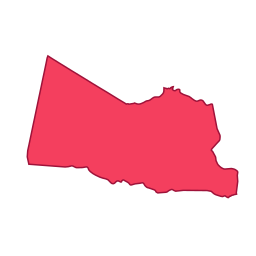 the border of Nimroz, rotated 83°
{"feature_id": "AFG-1751", "entity_name": "Nimroz", "entity_type": "Province", "adm_level": 1, "iso_a3": "AFG", "parent_name": "Afghanistan", "parent_adm1": "", "projection": "natural_earth1", "projection_center": [62.416, 30.83], "detail": "fine", "context": "isolated", "style": "filled", "palette": "rose", "viewbox_px": 256, "rotation_deg": 83, "n_neighbors": 0, "source": "natural_earth", "source_scale": "10m", "svg_char_len": 3285}
<svg xmlns="http://www.w3.org/2000/svg" viewBox="0 0 256 256"><g transform="rotate(83 128 128)"><path d="M46.7,198.7L50.2,194.5L54.8,188.8L64.1,177.2L69.0,171.0L72.4,166.7L78.9,158.6L83.8,152.4L90.6,143.7L98.2,134.2L103.1,127.9L104.1,126.8L104.0,126.4L103.9,126.3L104.0,125.0L104.2,124.5L104.5,124.3L104.3,119.3L104.0,118.5L105.2,116.1L105.6,114.6L105.6,113.1L105.3,111.7L104.6,109.3L103.6,107.0L103.4,106.2L103.3,104.1L102.8,102.5L101.2,99.7L100.6,98.2L100.6,96.8L101.0,93.7L100.6,92.3L98.5,89.5L97.3,88.5L95.8,87.9L92.5,87.4L92.8,86.8L93.3,85.3L93.8,84.6L93.8,84.1L93.7,83.6L93.5,83.1L93.6,82.7L93.9,82.1L94.0,81.8L94.0,81.5L93.9,81.4L93.7,81.2L93.4,80.9L93.0,80.3L92.6,78.9L92.5,78.3L92.5,78.0L92.8,78.1L92.9,78.3L93.1,78.5L93.3,79.1L93.6,78.8L93.7,78.7L93.9,78.7L94.0,78.7L94.0,78.8L94.1,79.0L94.3,79.2L94.4,79.3L94.8,79.3L95.4,79.0L96.3,78.1L96.6,77.5L96.7,76.7L96.6,76.2L96.4,75.9L96.0,75.3L95.9,75.1L95.7,74.0L95.7,73.1L95.9,72.5L96.1,72.2L96.4,72.0L96.7,72.0L98.3,72.2L99.1,71.8L99.6,71.5L101.5,68.9L104.2,63.5L105.7,61.8L106.6,61.0L108.5,58.9L109.2,57.9L109.6,57.1L109.7,56.7L109.8,56.3L109.8,55.9L109.5,54.7L109.1,53.1L109.1,52.7L109.1,52.2L109.4,51.4L109.8,50.7L110.3,50.2L114.0,48.2L114.8,47.4L115.1,46.8L115.1,46.2L114.8,44.4L114.6,43.4L114.4,42.9L114.4,42.5L114.4,42.2L114.5,41.8L114.8,41.4L139.5,39.7L146.1,37.7L146.9,37.6L148.1,37.7L150.0,38.1L150.7,38.3L151.3,38.6L151.7,38.9L154.3,42.0L158.8,47.2L159.4,47.6L160.2,48.0L161.4,47.1L161.8,46.8L167.2,44.7L167.8,44.6L171.1,44.6L174.3,43.6L175.3,43.2L177.4,41.6L178.5,40.5L179.3,39.5L179.9,38.6L180.3,37.9L180.5,37.0L180.6,36.2L180.8,30.8L180.9,30.0L181.5,28.3L181.9,27.4L182.4,26.6L183.7,25.1L184.2,24.8L184.7,24.5L185.2,24.5L185.5,24.5L188.3,25.3L194.4,25.6L205.5,28.4L206.9,28.3L207.1,30.9L207.4,31.9L207.4,32.6L207.4,33.0L207.5,33.2L207.9,34.0L208.1,34.4L208.2,34.7L208.2,35.1L208.2,35.5L208.4,35.8L209.2,36.6L209.3,37.1L209.0,37.7L208.2,38.8L207.3,39.7L207.1,40.1L207.2,40.7L207.6,42.4L207.4,43.2L207.1,44.2L205.0,48.8L204.1,50.2L203.4,51.0L201.0,53.1L199.7,57.1L196.6,80.7L196.5,88.4L195.8,89.7L194.5,91.4L194.3,92.6L195.2,95.3L195.9,96.4L196.2,97.0L196.3,97.5L196.4,98.3L196.1,104.7L196.1,105.4L196.0,106.5L194.9,107.9L193.6,108.4L193.0,108.9L192.5,109.6L190.1,114.5L189.5,116.0L189.0,116.7L187.9,117.7L187.2,118.2L184.8,119.3L184.1,120.3L184.3,122.9L184.3,127.9L184.9,131.4L184.9,132.1L184.7,132.6L184.2,133.1L183.1,133.7L182.5,134.2L181.9,134.8L179.9,137.6L179.4,138.2L179.0,138.8L179.0,139.3L179.4,140.2L179.8,140.6L180.7,141.1L180.7,141.5L180.7,141.9L179.3,144.1L179.3,145.3L179.6,145.8L179.9,146.5L180.7,147.5L181.1,148.0L181.3,148.6L181.5,149.2L181.4,149.9L181.1,150.7L180.2,151.7L177.0,154.1L176.3,155.2L175.6,156.6L174.8,158.8L173.4,161.8L170.8,165.9L169.0,168.3L166.6,170.8L164.6,172.1L164.1,172.2L163.4,172.3L162.9,172.5L162.5,172.7L162.1,173.0L161.7,173.5L161.5,174.2L161.7,177.9L161.2,183.1L161.0,184.2L160.6,185.0L159.1,187.3L158.8,188.0L158.7,188.6L159.1,191.9L159.0,195.2L151.9,230.7L151.9,230.8L144.4,231.5L138.3,230.3L132.6,228.3L127.6,226.6L122.6,224.9L117.6,223.2L112.6,221.5L107.7,219.8L102.7,218.1L97.7,216.4L92.7,214.7L87.7,213.0L82.8,211.3L77.8,209.6L72.8,207.9L67.8,206.2L62.9,204.5L57.9,202.8L52.9,201.1L48.6,199.7L46.7,198.7Z" fill="#f43f5e" stroke="#9f1239" stroke-width="1.5"/></g></svg>